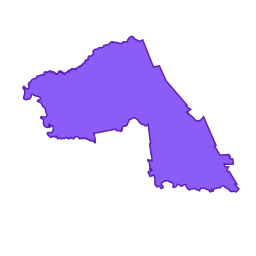 the district of El Mante, Tamaulipas, Mexico, rotated 166°
{"feature_id": "50627088B42847090379664", "entity_name": "El Mante", "entity_type": "district", "adm_level": 2, "iso_a3": "MEX", "parent_name": "Mexico", "parent_adm1": "Tamaulipas", "projection": "natural_earth1", "projection_center": [-98.766, 22.608], "detail": "fine", "context": "isolated", "style": "filled", "palette": "violet", "viewbox_px": 256, "rotation_deg": 166, "n_neighbors": 0, "source": "geoboundaries", "source_scale": "gbopen_adm2", "svg_char_len": 5910}
<svg xmlns="http://www.w3.org/2000/svg" viewBox="0 0 256 256"><g transform="rotate(166 128 128)"><path d="M166.9,198.5L167.2,198.8L168.0,198.3L167.8,199.0L168.6,199.1L169.0,198.6L170.1,198.2L170.4,198.3L170.8,197.9L171.4,198.0L171.5,197.2L172.0,197.7L172.8,197.2L173.0,197.4L173.2,197.0L173.8,197.1L174.3,196.8L174.8,196.9L175.8,196.5L176.5,195.4L177.1,195.7L176.8,196.2L177.0,196.5L177.2,196.2L177.4,196.4L177.4,196.9L178.2,196.9L178.0,197.2L178.3,197.5L178.1,197.9L178.7,197.9L179.0,199.1L179.5,199.3L179.9,198.9L179.8,199.7L180.5,199.5L181.4,199.7L181.8,199.2L181.7,198.9L182.3,198.7L182.8,197.8L183.6,197.3L184.0,197.9L185.3,197.9L184.9,198.2L185.2,198.6L185.5,198.5L185.9,199.8L186.6,200.2L186.8,200.6L188.0,200.4L188.6,201.5L189.2,200.9L189.2,201.5L189.6,201.6L189.9,202.1L190.1,202.0L190.0,201.7L190.2,202.2L190.6,202.4L192.5,201.4L192.7,201.8L193.2,201.7L193.9,202.3L194.1,202.3L194.2,201.8L194.5,201.9L194.6,202.4L195.0,202.6L196.0,202.0L196.0,201.0L196.8,199.9L197.3,200.3L198.4,200.2L199.1,200.6L199.2,200.4L200.2,200.3L203.4,200.4L203.8,200.0L203.7,199.8L204.4,199.4L204.8,198.4L208.0,198.5L208.5,198.1L209.5,198.1L210.3,197.4L210.8,196.5L211.5,196.7L212.4,195.8L213.0,195.9L213.6,194.9L214.1,194.7L213.9,193.7L213.3,193.1L213.7,192.5L214.2,192.2L215.0,190.2L215.6,190.2L217.5,191.1L218.6,190.9L218.7,191.6L218.3,191.8L217.8,191.6L217.8,192.1L218.2,192.5L218.8,192.2L219.0,192.6L218.9,193.5L219.4,193.6L220.3,192.0L219.6,191.2L219.3,187.9L219.6,186.9L222.1,182.3L221.9,181.4L220.2,180.0L216.2,180.1L215.6,180.5L214.6,181.7L213.6,183.7L212.6,184.0L211.9,183.5L211.5,182.5L206.5,179.7L205.7,178.0L205.9,177.2L206.2,176.9L208.8,176.8L209.2,176.5L209.3,175.9L206.2,173.2L205.9,171.3L205.2,169.3L203.7,166.9L203.9,163.4L203.3,160.4L203.6,159.6L205.6,158.3L209.2,160.2L209.9,159.7L210.2,158.8L210.1,158.4L207.9,156.8L209.0,152.8L208.8,150.4L208.3,149.6L206.4,148.0L205.1,148.0L204.1,148.5L204.0,149.3L204.2,150.0L203.7,150.7L203.3,150.8L202.7,149.9L203.4,148.5L203.5,147.7L203.0,147.8L202.4,148.6L201.4,148.8L200.7,148.2L200.4,146.1L200.7,144.7L202.1,142.7L203.7,142.2L206.8,143.0L207.5,142.6L207.7,142.0L207.6,141.2L206.0,138.5L204.9,137.5L203.4,138.1L202.0,137.4L200.9,137.7L200.4,137.3L200.8,137.0L200.6,136.8L199.1,137.2L199.1,136.9L199.5,136.1L199.0,135.5L198.9,134.7L198.5,134.4L197.7,135.1L196.1,134.4L195.8,133.8L194.9,133.5L193.5,133.8L192.3,133.1L192.0,133.5L190.0,133.6L189.4,133.3L188.6,131.9L187.5,132.3L186.8,131.9L185.7,132.7L185.4,132.0L183.5,130.6L181.5,131.9L180.5,132.3L178.6,131.2L178.1,130.1L177.7,130.0L177.4,129.1L176.1,129.6L175.8,129.1L174.3,128.5L173.7,128.9L173.1,128.9L171.9,127.8L171.3,128.0L170.7,127.8L170.4,127.0L169.1,126.2L167.6,124.8L167.4,125.0L167.0,124.5L166.4,124.5L166.0,124.1L165.0,124.1L164.2,123.3L164.5,122.9L163.6,121.6L163.1,121.8L162.8,125.0L162.6,125.0L162.3,131.0L140.2,129.9L139.9,128.3L136.2,127.0L135.8,126.4L134.2,127.1L134.5,127.5L134.3,128.1L134.0,128.5L134.0,128.8L133.7,128.9L133.8,129.3L132.4,130.7L131.6,130.9L130.4,130.4L128.3,130.8L128.1,131.6L127.5,132.1L127.0,132.9L126.7,133.0L126.3,133.9L125.5,134.3L124.9,135.9L122.8,135.9L120.8,136.7L119.0,136.2L117.9,135.3L116.1,132.7L115.9,130.9L115.5,130.8L114.0,128.4L113.1,128.2L110.3,125.7L109.6,125.7L107.5,126.8L109.9,107.4L110.8,107.4L112.0,97.1L112.0,96.7L111.6,96.7L112.6,90.3L116.2,92.4L116.7,91.1L115.5,90.9L116.4,83.4L116.9,83.2L116.7,82.1L115.4,82.7L115.1,80.9L119.1,80.6L118.4,75.7L114.4,76.0L113.9,72.5L115.1,69.2L115.0,68.0L115.4,66.9L115.0,66.3L115.3,65.9L115.2,65.4L114.5,65.0L114.0,63.8L113.4,64.3L111.6,63.8L110.5,61.2L109.9,61.1L108.7,61.6L108.1,62.6L108.1,63.1L109.4,64.8L109.5,65.4L108.8,66.3L105.8,67.6L102.8,67.4L101.9,67.0L100.2,65.1L99.0,64.6L97.9,63.4L97.8,62.2L98.5,60.1L98.4,59.4L97.8,59.2L95.3,59.7L94.0,61.2L93.3,61.4L92.1,60.7L91.3,59.2L90.0,58.6L87.2,59.3L85.9,59.3L85.6,59.0L85.6,57.2L85.1,55.5L84.4,53.9L83.6,53.1L82.9,53.1L81.8,53.6L80.4,53.3L79.0,53.6L73.8,49.8L72.0,51.9L69.1,51.3L67.9,50.6L66.3,49.2L64.8,48.6L64.3,47.1L63.3,45.9L62.4,46.2L62.4,47.4L61.7,48.1L61.3,48.0L61.1,47.7L61.1,46.5L60.7,46.1L59.7,47.8L58.4,48.2L57.6,48.0L55.0,48.3L52.8,47.7L51.0,49.0L50.2,49.2L48.8,48.3L48.1,46.9L45.4,44.3L44.2,42.2L42.8,41.1L40.2,41.0L39.2,39.9L38.8,39.9L37.3,40.5L35.1,42.1L35.2,42.6L35.5,42.7L37.0,45.8L37.8,47.7L36.0,47.3L40.0,60.4L40.5,61.6L41.8,61.5L42.3,63.3L39.8,65.8L43.2,66.7L43.6,70.2L42.9,70.1L42.8,69.4L34.5,67.4L33.9,72.7L36.5,73.1L36.3,75.6L35.7,75.5L36.5,77.8L45.3,79.4L48.5,89.7L46.8,89.8L51.5,117.6L51.9,120.7L55.5,118.0L59.9,118.1L63.4,124.2L64.2,125.2L64.8,125.3L65.6,126.2L65.4,126.2L65.4,126.7L65.9,126.6L66.4,127.2L65.9,127.5L66.6,128.4L66.4,128.5L67.1,129.2L62.6,130.8L62.9,131.4L63.2,131.2L66.5,135.5L65.2,135.9L79.7,164.6L82.5,180.7L88.5,181.0L89.5,187.7L92.4,209.9L96.1,209.4L97.3,210.7L98.9,211.7L99.2,212.3L99.7,212.5L100.1,212.4L100.8,213.6L100.6,214.1L100.7,214.7L101.2,214.8L101.4,215.4L102.7,216.1L104.1,215.7L104.9,214.9L105.5,215.0L106.4,213.8L106.9,213.7L107.9,211.8L108.8,211.8L109.8,212.4L110.1,212.3L111.8,212.8L112.7,211.9L113.7,211.5L116.2,212.3L117.0,213.2L118.3,213.5L118.9,214.1L120.0,214.1L120.5,214.3L121.1,214.8L121.6,214.6L122.2,214.9L122.3,215.5L122.8,215.7L124.8,215.0L125.8,213.9L131.5,213.8L132.3,212.7L133.1,212.3L133.7,212.5L134.7,212.3L136.2,212.9L136.9,212.9L138.2,212.0L141.1,212.2L141.8,212.0L142.3,211.4L142.4,211.6L143.2,211.3L143.7,208.6L144.9,207.1L145.2,207.4L146.1,206.8L147.6,206.8L148.3,207.2L148.5,206.8L149.1,207.0L149.2,206.2L149.8,205.6L149.8,204.5L150.5,204.6L150.6,204.0L152.1,204.0L152.2,203.4L152.6,203.3L153.0,203.7L153.1,203.3L153.3,203.3L154.4,202.0L156.0,201.4L156.8,200.8L157.0,200.4L157.5,200.6L157.8,200.4L158.1,199.6L158.5,199.8L158.8,199.5L159.3,199.8L159.4,199.4L160.1,199.0L160.6,199.5L161.2,199.5L162.1,198.7L163.3,198.6L163.8,198.3L164.3,198.5L164.9,198.0L164.6,197.8L165.1,197.3L165.8,197.7L166.0,198.4L166.9,198.5Z" fill="#8b5cf6" stroke="#5b21b6" stroke-width="1.5"/></g></svg>